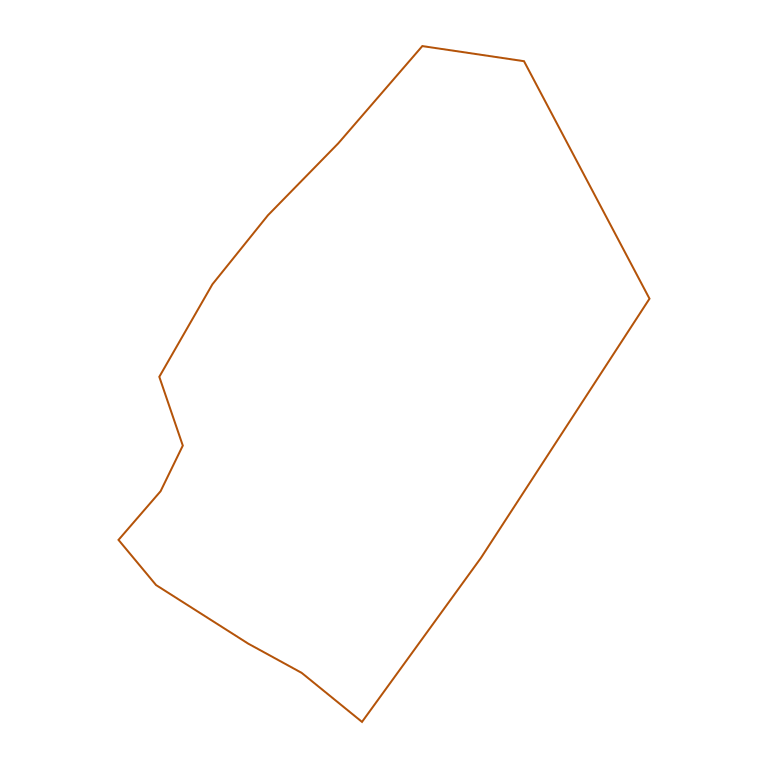 the district of Tushaka, Al Wadi at Jadid, Egypt
{"feature_id": "37247803B52387591644217", "entity_name": "Tushaka", "entity_type": "district", "adm_level": 2, "iso_a3": "EGY", "parent_name": "Egypt", "parent_adm1": "Al Wadi at Jadid", "projection": "mercator", "projection_center": [31.641, 22.865], "detail": "fine", "context": "isolated", "style": "outline", "palette": "amber", "viewbox_px": 768, "rotation_deg": 0, "n_neighbors": 0, "source": "geoboundaries", "source_scale": "gbopen_adm2", "svg_char_len": 317}
<svg xmlns="http://www.w3.org/2000/svg" viewBox="0 0 768 768"><path d="M481.0,557.8L649.5,298.7L524.0,61.2L422.3,46.1L338.3,143.3L267.9,215.3L212.4,284.3L159.3,376.8L182.8,445.6L160.6,491.2L118.5,539.9L156.1,585.1L248.3,643.7L301.7,672.9L362.0,721.9L481.0,557.8Z" fill="none" stroke="#b45309" stroke-width="2"/></svg>